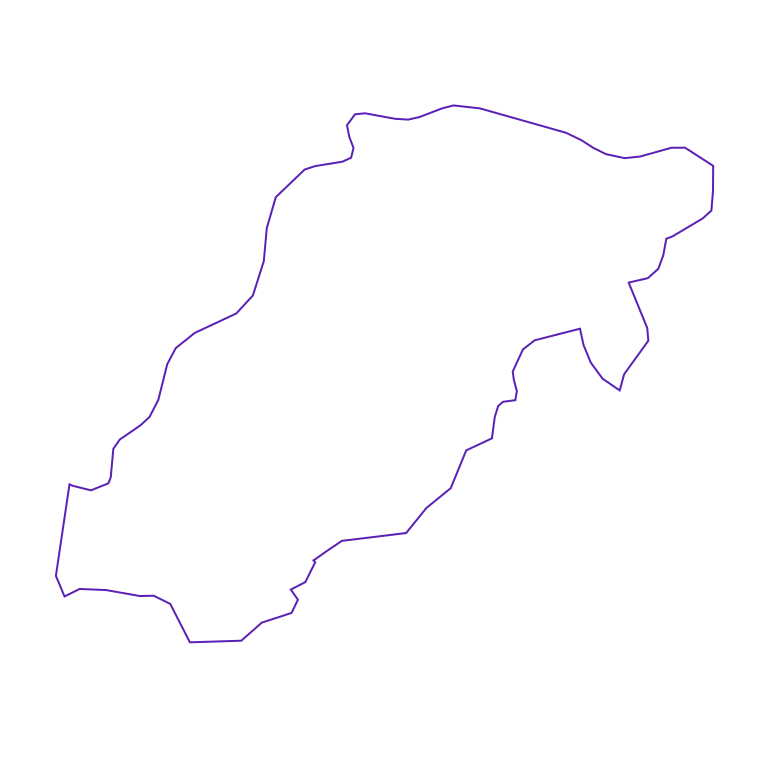 map outline of Bender (Natural Earth projection), rotated 280°
{"feature_id": "MDA-1650", "entity_name": "Bender", "entity_type": "City", "adm_level": 1, "iso_a3": "MDA", "parent_name": "Moldova", "parent_adm1": "", "projection": "natural_earth1", "projection_center": [29.721, 46.757], "detail": "fine", "context": "isolated", "style": "outline", "palette": "violet", "viewbox_px": 768, "rotation_deg": 280, "n_neighbors": 0, "source": "natural_earth", "source_scale": "10m", "svg_char_len": 1396}
<svg xmlns="http://www.w3.org/2000/svg" viewBox="0 0 768 768"><g transform="rotate(280 384 384)"><path d="M230.6,91.7L229.7,95.1L228.4,113.9L238.3,129.8L244.7,131.1L273.2,128.7L283.5,133.5L301.1,151.4L310.8,158.8L329.1,164.5L365.9,167.1L383.2,172.7L401.5,188.8L427.8,226.3L448.4,239.5L484.1,244.3L517.2,241.5L549.2,245.0L581.4,268.6L586.7,278.5L595.7,304.4L601.1,312.3L611.1,313.0L621.4,306.9L632.4,302.6L644.5,308.6L647.3,318.2L647.1,348.9L648.6,362.0L653.0,372.5L665.4,393.1L670.4,404.1L672.1,430.4L663.0,519.6L658.3,536.3L652.9,549.1L648.9,562.7L648.2,581.7L652.4,596.5L666.5,625.8L669.0,639.4L656.0,670.3L631.2,674.5L611.7,676.3L602.5,669.2L579.5,642.5L576.3,637.2L576.1,636.8L559.3,636.7L545.2,634.2L534.1,625.5L526.6,607.9L526.3,607.4L484.9,633.5L472.5,636.8L435.4,618.8L419.4,617.3L418.6,617.2L427.2,598.3L441.0,583.9L457.1,573.7L472.5,567.4L453.2,524.8L442.8,515.4L442.4,514.9L418.6,508.6L410.6,511.2L400.0,516.1L391.3,516.1L390.9,516.1L387.1,504.2L382.6,500.7L382.2,500.3L370.8,498.8L350.1,499.7L349.3,499.8L332.9,476.5L293.0,467.8L269.3,447.3L241.1,431.7L222.2,369.7L209.1,356.2L198.5,345.7L198.1,345.2L196.5,347.2L175.5,341.0L175.3,341.0L165.4,327.9L156.6,336.7L142.5,332.7L127.8,305.1L106.4,288.0L95.9,237.7L130.3,211.7L135.5,194.0L132.8,180.6L132.8,146.1L129.3,119.8L119.3,106.3L119.4,106.2L138.1,94.2L229.9,91.7L230.6,91.7Z" fill="none" stroke="#5b21b6" stroke-width="2"/></g></svg>